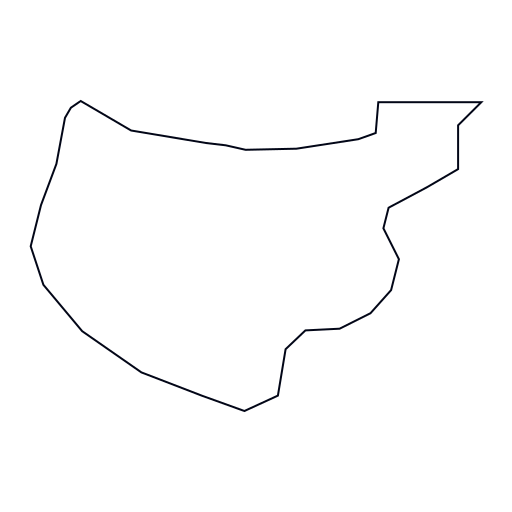 SVG path tracing the border of Lwengo
{"feature_id": "UGA-5617", "entity_name": "Lwengo", "entity_type": "District", "adm_level": 1, "iso_a3": "UGA", "parent_name": "Uganda", "parent_adm1": "", "projection": "albers", "projection_center": [31.468, -0.432], "detail": "fine", "context": "isolated", "style": "outline", "palette": "ink", "viewbox_px": 512, "rotation_deg": 0, "n_neighbors": 0, "source": "natural_earth", "source_scale": "10m", "svg_char_len": 514}
<svg xmlns="http://www.w3.org/2000/svg" viewBox="0 0 512 512"><path d="M80.7,101.0L131.1,130.5L205.9,143.0L225.7,145.3L245.6,149.8L296.4,148.7L358.3,139.2L375.7,133.0L378.3,102.2L481.3,102.2L458.1,125.3L458.1,169.1L427.2,187.1L388.6,207.7L383.4,228.3L398.9,259.2L391.1,290.1L370.5,313.2L339.6,328.7L305.4,330.4L285.6,349.2L277.9,395.6L244.4,411.0L202.2,395.8L141.4,372.4L82.2,331.2L43.4,284.8L30.7,246.3L41.0,205.1L56.4,163.9L65.0,117.8L70.9,107.7L80.7,101.0Z" fill="none" stroke="#020617" stroke-width="2"/></svg>